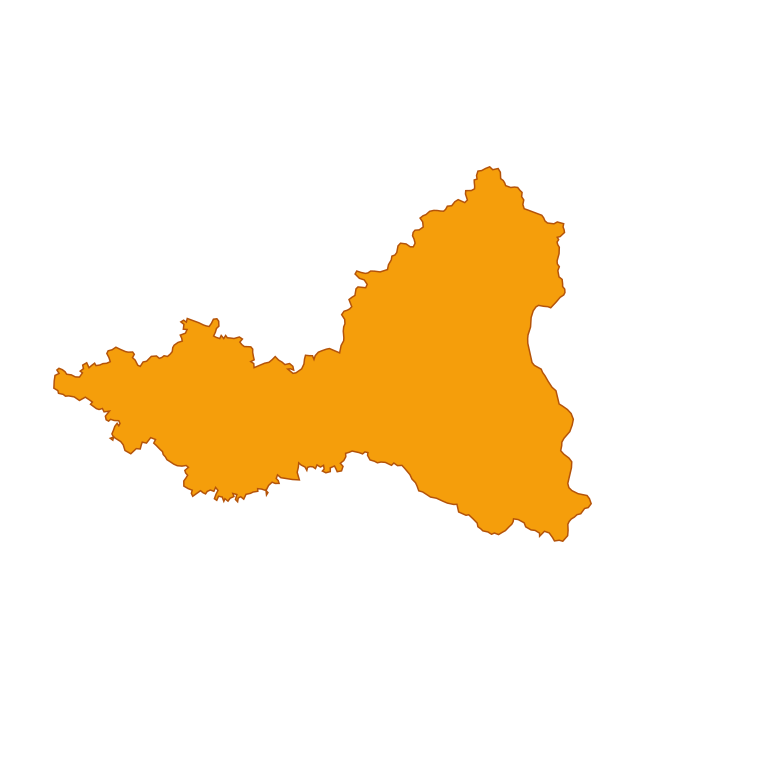 outline of Alvorada do Norte, Goiás, Brazil, rotated 316°
{"feature_id": "56859067B77033766628093", "entity_name": "Alvorada do Norte", "entity_type": "district", "adm_level": 2, "iso_a3": "BRA", "parent_name": "Brazil", "parent_adm1": "Goiás", "projection": "albers", "projection_center": [-46.67, -14.571], "detail": "fine", "context": "isolated", "style": "filled", "palette": "amber", "viewbox_px": 768, "rotation_deg": 316, "n_neighbors": 0, "source": "geoboundaries", "source_scale": "gbopen_adm2", "svg_char_len": 6173}
<svg xmlns="http://www.w3.org/2000/svg" viewBox="0 0 768 768"><g transform="rotate(316 384 384)"><path d="M503.0,508.3L502.6,503.0L503.9,496.1L505.5,489.9L506.1,485.9L507.4,482.5L505.1,475.1L505.4,471.4L515.7,454.6L518.9,451.1L521.6,448.8L529.0,444.8L536.0,438.4L542.2,435.0L546.9,434.1L549.8,434.8L552.9,439.1L555.6,442.2L556.9,445.0L565.1,444.6L570.8,444.0L575.1,444.8L577.7,443.9L579.9,441.3L580.2,438.0L582.0,436.1L584.8,432.5L584.3,428.5L587.8,423.2L591.6,421.4L592.1,418.0L594.0,415.7L600.4,411.9L605.1,407.4L605.8,404.4L607.1,402.1L609.9,401.5L610.5,398.8L613.1,400.3L619.1,400.4L620.7,398.1L621.9,395.4L624.6,393.5L621.2,387.8L617.5,386.8L613.4,381.7L613.1,378.4L614.3,375.3L614.7,372.2L608.3,358.7L606.6,355.3L608.6,351.3L612.4,348.7L613.1,344.9L616.4,342.1L616.3,339.2L616.7,335.5L614.7,333.0L611.6,330.6L609.3,325.8L610.5,323.2L611.1,320.5L610.6,317.3L614.8,312.5L615.8,308.3L611.1,305.4L610.9,301.2L606.8,299.5L602.5,298.3L599.5,296.1L595.4,298.3L593.3,301.2L590.6,299.9L588.8,301.9L586.7,304.6L584.7,306.5L581.2,305.5L577.1,301.7L574.6,303.9L571.8,309.6L568.1,309.6L565.4,302.9L561.6,302.1L556.5,302.8L553.1,300.1L549.6,301.2L546.9,301.1L544.7,298.7L543.0,296.4L540.4,293.7L536.8,291.5L531.9,291.3L529.0,290.1L525.2,289.7L524.4,294.3L521.3,298.3L516.4,297.6L513.1,294.9L510.3,295.2L507.5,297.2L506.3,300.6L504.2,304.3L500.4,305.7L498.2,303.6L497.2,298.6L493.7,294.2L490.0,294.4L484.5,298.3L481.4,298.8L478.5,297.5L475.4,299.8L470.1,301.3L466.0,304.1L459.1,300.7L455.5,296.2L452.9,293.5L449.5,292.9L447.4,291.5L444.9,287.7L442.9,283.8L439.6,284.8L439.7,290.9L442.1,295.4L441.1,300.7L437.7,302.0L432.7,296.1L430.0,296.1L424.6,300.1L421.0,299.3L417.5,298.9L414.5,306.0L411.4,306.1L408.8,305.4L405.8,303.9L401.7,304.7L400.6,310.2L397.8,313.5L394.7,314.9L391.4,317.7L387.2,322.9L385.0,324.9L379.9,326.5L373.7,330.8L369.4,320.6L366.7,318.9L362.6,317.0L358.9,315.5L354.3,315.8L350.7,317.7L352.2,314.0L349.9,311.7L347.5,308.8L344.2,310.8L340.3,314.0L335.3,315.9L328.4,314.8L325.9,313.1L325.1,306.4L327.2,308.0L328.7,311.2L330.7,308.0L330.3,303.7L326.2,301.2L325.9,297.6L324.8,293.6L324.8,288.7L320.6,288.8L316.4,288.5L312.5,286.1L301.9,282.0L304.5,278.8L303.7,275.3L307.4,276.4L309.1,273.6L311.5,270.0L313.8,267.7L314.0,264.8L312.2,262.8L309.5,260.0L309.1,257.0L309.4,253.7L313.4,253.3L312.6,249.7L307.7,247.1L305.5,244.3L303.4,241.9L303.8,239.1L300.3,240.0L300.6,236.0L297.4,237.2L295.6,233.7L294.8,231.1L298.7,229.6L302.0,227.7L305.4,227.7L308.7,224.0L309.1,221.0L306.3,218.9L302.2,220.4L298.2,221.2L296.6,219.0L295.2,216.3L293.3,211.2L288.0,200.2L284.8,202.2L284.2,198.9L281.0,198.2L281.5,202.1L277.7,205.2L280.2,208.0L276.5,209.5L271.4,207.3L270.3,210.5L268.7,213.0L264.7,211.0L260.0,210.3L257.3,211.1L254.2,213.6L250.9,214.0L247.4,213.8L245.4,210.9L242.7,210.6L240.2,209.5L239.8,205.8L235.8,202.5L229.0,202.7L226.0,200.8L220.9,202.0L219.9,199.5L221.6,193.9L221.4,190.3L225.0,189.2L225.4,186.4L222.1,183.4L220.6,181.2L218.3,175.7L216.7,171.3L212.2,170.5L208.6,168.5L205.8,169.5L204.5,173.9L202.6,177.8L198.8,176.4L196.0,174.1L192.7,172.9L189.6,170.7L190.3,168.0L186.3,167.5L183.1,167.4L184.9,162.2L180.4,161.1L178.4,164.2L174.4,163.7L174.8,166.5L169.8,167.5L166.9,164.5L165.4,160.2L162.5,156.5L163.1,153.6L162.6,150.3L161.1,146.9L158.4,146.7L157.6,150.7L153.3,149.3L148.9,152.7L143.6,157.7L144.8,162.2L143.4,164.6L146.0,168.6L146.4,171.5L148.9,173.5L152.2,178.1L153.5,184.3L160.0,186.0L161.1,191.0L161.7,194.4L158.8,194.7L160.0,201.9L161.3,204.4L164.4,206.0L163.3,209.6L167.7,212.8L161.2,213.6L159.3,216.7L160.1,219.4L162.8,219.5L164.6,222.9L167.7,226.1L166.7,229.0L164.2,229.8L164.7,226.9L160.9,227.5L156.9,229.5L153.6,230.9L152.6,234.3L154.6,242.5L154.2,246.5L151.5,251.9L153.4,258.3L160.9,258.4L163.5,261.4L167.3,259.1L169.7,257.9L172.1,261.5L178.9,260.5L181.1,265.2L177.3,266.6L177.5,269.6L177.5,275.9L177.7,278.7L176.2,281.4L176.1,284.5L175.3,287.7L176.0,290.6L177.1,295.6L178.5,299.1L181.6,302.7L185.1,305.2L185.4,308.1L180.7,307.8L179.5,310.2L179.4,313.2L176.4,314.0L172.6,314.7L169.1,318.4L170.4,323.1L172.3,327.2L169.5,328.8L168.4,331.9L177.9,333.3L178.3,336.5L179.3,339.1L182.2,338.5L185.4,339.6L187.1,343.0L191.0,341.4L190.7,345.2L186.6,346.6L182.3,348.7L182.9,351.5L187.0,349.8L189.1,352.9L187.3,357.1L189.9,356.0L190.4,359.9L194.0,359.3L197.9,360.7L199.2,357.7L201.4,361.3L196.9,363.9L196.9,367.0L199.9,364.8L202.6,365.5L203.1,369.4L208.1,367.5L212.0,369.9L214.8,370.8L218.7,373.5L220.4,371.5L223.0,374.6L225.1,378.7L230.5,376.8L235.3,376.9L236.7,380.0L239.5,382.6L240.8,380.0L240.8,377.1L244.3,375.4L244.7,379.7L251.8,389.1L256.5,394.2L260.2,387.2L264.5,384.4L267.9,381.5L268.1,384.7L269.5,388.8L268.5,392.5L271.1,390.9L273.4,392.0L275.3,394.2L275.9,397.2L279.6,395.7L280.6,399.6L284.0,400.5L281.9,403.6L279.2,403.8L280.5,407.5L284.5,409.7L287.1,407.0L291.4,408.6L290.4,411.9L289.4,414.6L293.1,417.0L297.3,414.8L297.5,410.7L301.9,411.1L306.0,409.8L308.2,407.2L311.4,408.9L314.5,410.1L318.4,416.0L320.0,419.4L323.1,419.6L324.8,422.2L322.6,423.9L321.2,428.9L323.5,433.0L324.5,436.1L327.6,438.0L330.5,441.3L332.9,447.7L336.2,447.7L337.0,452.1L340.4,455.0L340.3,458.9L339.7,467.2L338.1,471.8L338.1,476.9L337.0,480.1L334.8,485.0L336.8,488.4L338.0,493.5L338.9,497.6L342.4,502.6L345.0,509.3L346.8,513.6L350.5,519.1L352.9,521.2L348.8,527.9L351.8,535.4L354.1,536.9L354.4,542.6L354.4,548.8L352.4,551.9L353.0,555.4L353.1,558.3L356.0,562.7L357.0,566.8L359.9,567.9L361.8,571.9L366.2,572.9L369.5,573.8L374.4,573.6L378.7,573.6L381.3,572.7L383.5,571.0L386.4,574.8L388.4,581.2L386.7,585.2L388.4,591.1L391.0,594.3L392.3,599.3L390.2,601.6L397.1,601.4L399.4,605.9L398.6,611.4L397.6,615.3L401.5,618.1L403.4,621.3L410.7,620.7L414.7,617.2L418.8,612.6L421.7,611.5L424.9,611.2L428.5,612.0L432.1,612.1L435.4,614.0L441.8,612.9L445.1,614.8L449.9,614.0L452.1,609.2L452.6,605.3L447.4,597.7L445.1,591.2L445.0,587.0L447.1,583.2L460.6,574.5L465.0,570.4L465.6,565.8L464.6,559.4L464.8,554.7L469.0,551.8L471.5,549.4L475.7,548.1L484.6,547.3L490.9,544.2L495.7,540.9L498.1,535.2L498.2,529.7L497.1,524.0L496.1,520.0L503.0,508.3ZM152.6,234.3L149.4,232.9L149.9,236.0L152.6,234.3ZM225.1,378.7L222.4,382.2L225.1,381.5L225.1,378.7Z" fill="#f59e0b" stroke="#b45309" stroke-width="1.5"/></g></svg>